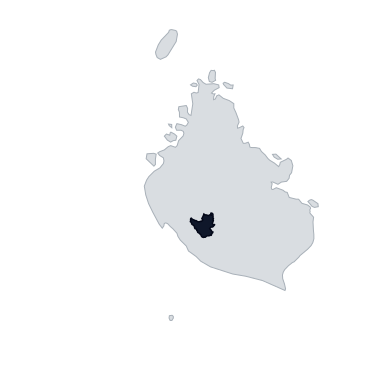 Andong-si, North Gyeongsang, South Korea (highlighted), rotated 138°
{"feature_id": "91817680B16014600177045", "entity_name": "Andong-si", "entity_type": "district", "adm_level": 2, "iso_a3": "KOR", "parent_name": "South Korea", "parent_adm1": "North Gyeongsang", "projection": "robinson", "projection_center": [128.764, 36.55], "detail": "fine", "context": "in_parent", "style": "filled", "palette": "ink", "viewbox_px": 384, "rotation_deg": 138, "n_neighbors": 0, "source": "geoboundaries", "source_scale": "gbopen_adm2", "svg_char_len": 5192}
<svg xmlns="http://www.w3.org/2000/svg" viewBox="0 0 384 384"><g transform="rotate(138 192 192)"><path d="M117.1,98.6L118.4,97.7L118.5,96.3L118.5,91.9L122.1,88.8L127.3,82.4L129.8,79.0L132.7,75.7L136.0,73.6L139.3,72.5L144.4,72.1L154.2,72.5L156.1,72.1L162.9,71.8L164.5,72.4L169.5,72.7L175.0,72.3L177.8,71.4L180.3,69.8L182.6,66.9L184.9,61.6L187.3,57.4L188.8,56.6L198.8,78.9L208.4,93.4L216.6,103.8L228.3,123.9L231.8,134.7L232.1,141.3L234.1,150.5L232.4,155.7L232.9,164.0L232.2,168.3L230.8,171.4L230.8,177.4L231.2,180.6L231.3,184.9L232.2,186.6L233.6,187.2L235.7,185.6L238.3,185.0L237.9,190.1L234.7,203.1L232.0,212.5L228.3,220.8L223.5,228.3L217.8,231.2L213.8,232.3L206.1,232.7L199.7,231.4L194.2,232.3L192.0,233.9L190.4,236.6L191.6,240.8L191.4,243.9L189.1,243.6L184.4,241.8L179.3,241.6L176.8,240.7L174.4,236.3L172.0,236.4L167.6,239.1L161.0,239.6L158.7,241.1L157.9,242.9L158.8,245.2L162.1,248.2L161.0,251.3L157.5,252.9L154.8,249.1L153.0,245.4L151.1,245.2L148.1,246.2L147.4,250.2L148.8,253.0L151.1,256.1L147.9,259.8L147.0,262.4L144.7,264.2L138.4,260.1L139.3,257.1L142.0,254.3L142.4,251.4L141.5,249.6L132.4,257.0L126.8,265.4L123.8,264.8L122.6,262.7L120.9,261.8L114.8,267.2L113.7,271.5L111.5,271.7L110.5,269.9L110.5,266.0L109.5,262.7L103.3,257.9L100.5,253.7L102.0,251.4L107.2,252.7L111.3,252.5L110.5,250.5L109.2,249.6L111.9,248.4L114.2,246.2L112.4,245.5L109.4,246.9L107.0,246.2L106.1,240.7L103.2,235.1L101.8,229.7L104.7,226.5L106.2,221.7L109.0,214.6L110.3,212.4L114.1,210.7L115.4,208.9L113.4,208.0L110.1,207.1L110.2,205.1L112.4,204.0L114.9,201.7L119.8,199.0L121.3,193.9L119.9,192.6L116.9,191.4L117.6,188.8L118.9,186.8L118.4,185.6L114.9,182.3L112.6,179.2L113.3,175.7L112.8,170.5L113.2,166.1L113.0,163.7L111.4,158.3L110.6,152.9L108.3,153.7L106.5,155.0L100.0,153.1L97.9,153.0L97.1,149.0L99.5,144.0L105.1,139.7L108.3,139.2L110.7,137.2L114.5,136.6L119.0,139.6L123.0,140.2L125.2,145.3L126.6,146.4L126.9,144.5L130.1,142.3L130.9,140.6L130.2,139.7L126.5,138.8L123.2,132.5L122.7,129.7L121.5,128.0L123.4,122.9L119.5,117.1L117.6,115.3L117.9,110.1L115.9,106.8L114.8,105.0L114.2,101.9L114.8,100.5L116.5,99.9L117.1,98.6ZM102.5,326.3L100.6,327.4L98.9,326.7L98.4,326.2L96.3,323.3L95.8,321.8L97.2,319.0L103.1,314.4L118.1,310.0L120.8,309.8L126.7,311.7L127.9,315.2L126.8,318.3L125.5,320.4L118.6,323.9L113.2,325.5L102.5,326.3ZM203.8,247.4L199.9,250.5L194.6,246.4L193.3,244.1L197.3,240.8L200.8,236.9L203.0,236.7L203.8,247.4ZM175.6,247.1L175.2,252.0L172.2,252.2L170.5,249.1L168.6,250.6L167.6,250.6L166.2,246.7L165.9,243.6L169.4,241.3L171.5,242.7L174.5,243.4L175.6,247.1ZM99.1,268.9L96.4,269.6L94.9,267.9L93.9,267.5L94.5,265.2L98.9,260.8L99.7,259.2L103.7,260.1L105.2,262.5L103.3,266.1L99.1,268.9ZM112.4,100.9L112.2,107.4L109.9,107.2L108.4,106.5L107.7,105.2L106.2,99.1L108.0,96.6L111.3,98.6L112.4,100.9ZM96.6,250.8L96.1,252.0L94.3,251.7L92.4,248.2L91.7,245.5L89.8,244.0L92.8,241.6L96.5,245.9L96.6,250.8ZM107.6,162.9L107.0,166.1L104.3,164.0L103.6,156.9L106.4,159.0L107.6,162.9ZM293.4,113.7L291.6,115.2L289.3,113.7L289.1,112.2L290.2,110.8L292.9,110.0L294.2,111.2L293.4,113.7ZM120.8,270.2L121.4,272.6L118.1,272.1L116.3,269.8L116.5,267.9L118.6,267.6L120.8,270.2ZM164.5,256.6L164.0,258.2L161.9,255.8L164.0,253.3L164.5,256.6Z" fill="#d9dde1" stroke="#a8b0b8" stroke-width="1"/><path d="M197.5,152.4L197.1,152.7L197.3,153.0L197.5,153.0L198.3,153.4L198.1,154.2L198.0,154.7L197.8,155.2L196.8,155.6L196.3,155.9L195.8,156.2L195.3,156.4L195.0,156.9L195.1,157.4L194.7,157.8L194.1,157.8L193.7,158.1L193.6,158.8L193.5,159.3L193.0,159.6L192.6,159.8L192.3,160.3L192.1,160.7L191.6,161.1L191.4,161.4L191.2,161.9L191.3,162.8L191.9,163.6L192.5,163.4L193.0,162.5L193.3,162.0L193.6,162.4L193.8,163.0L194.5,163.2L195.2,163.4L195.7,163.5L196.1,164.4L196.5,165.0L196.7,165.4L197.0,165.7L197.6,166.0L197.6,166.5L197.8,167.2L197.9,167.7L198.6,167.3L199.0,167.0L199.6,166.8L200.1,166.5L201.3,166.1L202.0,165.8L202.5,165.6L202.5,164.9L202.6,164.1L204.5,163.8L205.0,164.1L205.3,164.6L206.2,164.8L206.7,165.2L206.8,165.2L207.2,165.5L207.4,165.8L207.8,166.7L207.9,167.1L208.0,167.7L208.2,168.2L208.8,168.7L209.2,169.0L209.1,169.5L209.2,170.0L209.5,170.4L209.8,171.0L210.0,171.7L210.0,172.2L210.0,172.5L210.1,173.1L210.7,173.1L211.2,172.8L211.6,172.3L211.9,171.8L212.4,171.5L212.9,171.3L213.1,170.9L212.9,170.1L212.9,169.6L213.2,169.1L213.6,168.5L213.6,167.7L213.5,167.2L213.2,166.8L213.2,166.0L213.2,165.3L213.3,164.7L213.6,164.2L213.9,163.9L214.1,163.5L214.2,163.0L214.2,162.4L213.8,162.0L213.6,161.6L213.6,161.2L213.8,160.8L214.1,160.4L214.1,160.1L213.9,159.7L214.1,159.3L214.3,159.2L214.7,158.1L214.6,157.8L214.4,157.1L214.2,156.5L214.2,155.8L214.1,154.2L214.2,153.7L214.4,153.4L214.6,152.5L214.6,152.1L214.4,151.5L214.0,150.7L213.7,150.7L213.2,150.5L213.0,150.0L212.3,149.5L211.6,149.5L210.9,149.5L210.3,149.4L209.8,149.1L209.3,148.6L208.6,148.1L208.0,147.7L207.4,147.6L206.9,147.6L206.6,147.0L206.3,147.1L205.7,147.5L205.0,147.9L204.7,147.9L203.8,147.9L203.3,148.3L203.6,148.6L203.6,149.1L203.6,149.6L203.5,150.1L203.4,150.6L203.3,151.2L203.3,151.6L203.5,152.9L202.7,153.1L202.4,153.2L201.8,153.2L201.2,153.1L200.9,152.8L200.5,152.5L200.2,152.3L199.7,152.2L199.0,152.2L198.3,152.4L197.5,152.4Z" fill="#0f172a" stroke="#020617" stroke-width="1.5"/></g></svg>